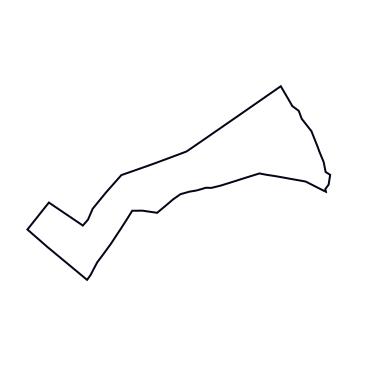 Halac, Chardzhou, Turkmenistan (Mercator projection), rotated 42°
{"feature_id": "10190150B91732086642718", "entity_name": "Halac", "entity_type": "district", "adm_level": 2, "iso_a3": "TKM", "parent_name": "Turkmenistan", "parent_adm1": "Chardzhou", "projection": "mercator", "projection_center": [64.556, 37.553], "detail": "fine", "context": "isolated", "style": "outline", "palette": "ink", "viewbox_px": 384, "rotation_deg": 42, "n_neighbors": 0, "source": "geoboundaries", "source_scale": "gbopen_adm2", "svg_char_len": 1105}
<svg xmlns="http://www.w3.org/2000/svg" viewBox="0 0 384 384"><g transform="rotate(42 192 192)"><path d="M176.2,100.9L168.4,133.8L164.1,152.0L160.8,165.6L145.1,195.7L134.0,216.1L128.2,226.7L128.4,250.1L129.4,270.9L133.2,282.1L133.3,290.0L130.1,290.4L111.5,293.0L92.7,295.6L94.8,330.0L102.6,329.9L121.8,329.6L123.9,329.5L172.8,327.5L172.8,327.4L172.2,321.8L168.6,307.6L167.8,298.4L166.4,284.9L163.7,267.0L161.9,256.0L160.1,245.9L160.6,245.5L167.7,239.0L170.7,237.0L180.0,230.8L181.3,221.8L181.6,219.9L182.9,210.0L184.8,201.8L185.0,201.2L189.9,193.4L190.0,193.3L194.3,187.9L197.7,182.5L199.2,179.9L199.6,179.5L203.7,175.9L209.0,168.1L213.7,160.2L218.0,152.9L220.5,148.6L226.9,137.8L229.4,133.6L229.7,133.1L236.1,129.2L238.5,127.6L243.1,124.6L247.7,121.7L260.6,113.7L269.4,108.2L270.5,107.9L280.5,105.2L289.4,102.8L291.3,102.2L289.1,100.6L288.6,95.1L283.2,86.8L277.9,87.7L269.9,81.7L269.5,81.5L259.1,76.5L256.0,74.8L240.1,66.9L228.6,64.9L224.6,64.2L217.1,60.3L210.1,60.9L209.2,61.1L205.4,59.8L197.3,57.2L187.2,54.0L184.4,65.9L179.8,85.5L176.2,100.9Z" fill="none" stroke="#020617" stroke-width="2"/></g></svg>